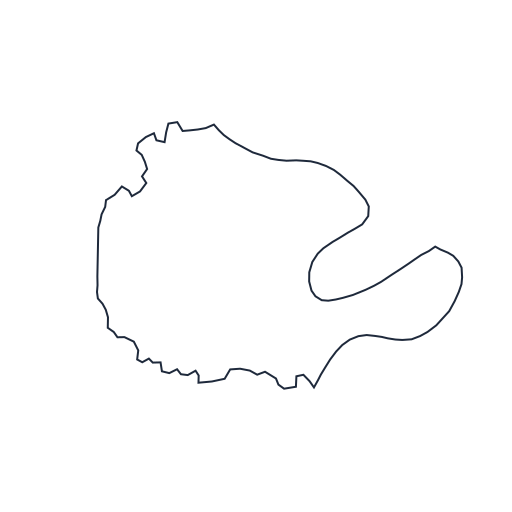 Caxambu do Sul, Santa Catarina, Brazil, rotated 235°
{"feature_id": "56859067B6253969040856", "entity_name": "Caxambu do Sul", "entity_type": "district", "adm_level": 2, "iso_a3": "BRA", "parent_name": "Brazil", "parent_adm1": "Santa Catarina", "projection": "natural_earth1", "projection_center": [-52.929, -27.152], "detail": "fine", "context": "isolated", "style": "outline", "palette": "slate", "viewbox_px": 512, "rotation_deg": 235, "n_neighbors": 0, "source": "geoboundaries", "source_scale": "gbopen_adm2", "svg_char_len": 1944}
<svg xmlns="http://www.w3.org/2000/svg" viewBox="0 0 512 512"><g transform="rotate(235 256 256)"><path d="M115.1,228.1L118.8,235.7L121.7,241.2L125.0,248.7L128.7,257.4L131.8,266.9L133.6,275.6L133.7,284.9L131.6,293.9L127.8,301.3L122.3,307.6L117.6,312.6L113.0,316.7L107.6,322.3L103.3,327.7L98.5,335.7L96.3,344.5L95.4,352.9L95.8,363.9L97.8,372.8L100.0,382.6L105.1,392.9L110.3,401.6L115.1,408.2L120.3,412.6L128.5,417.7L135.5,418.6L143.0,417.7L148.7,415.1L155.7,410.7L160.9,408.2L160.9,400.4L162.1,392.0L162.2,384.0L162.2,376.8L162.4,367.2L162.8,356.5L163.1,343.4L163.9,335.7L165.5,326.1L168.5,313.0L171.9,303.1L174.6,296.4L177.9,289.6L182.1,284.5L188.9,281.6L195.8,281.6L204.6,284.9L212.1,290.3L218.8,298.7L222.5,307.9L223.7,315.6L223.6,326.8L223.0,334.3L222.4,344.8L221.6,352.7L221.0,361.1L224.3,370.8L231.9,376.8L239.4,377.9L249.5,377.0L257.3,376.1L265.6,373.8L274.3,371.6L281.9,369.1L289.4,365.1L296.8,359.9L302.2,355.1L307.0,349.2L311.3,343.8L316.5,335.7L321.9,329.4L327.1,324.0L334.1,319.3L342.8,312.7L360.2,303.9L366.8,301.3L373.5,299.0L380.4,297.7L387.8,296.9L389.6,288.2L393.0,280.9L396.9,273.8L400.5,267.6L410.8,268.3L414.7,260.2L408.9,253.4L401.7,246.4L407.9,240.8L415.1,242.8L416.6,234.0L415.9,224.0L411.0,218.6L404.4,220.4L396.9,219.0L389.7,216.7L386.6,208.3L378.7,208.0L375.4,198.0L376.2,188.6L382.3,189.3L389.9,186.0L387.2,175.3L387.8,165.2L382.7,160.6L378.7,153.4L374.1,148.6L369.8,143.2L330.2,114.3L322.9,109.4L317.7,105.1L311.9,102.1L304.9,102.9L298.1,102.1L290.7,99.6L282.2,93.4L275.3,95.9L268.9,95.9L265.0,101.7L255.9,106.8L246.2,105.4L239.4,99.3L234.2,101.9L233.4,109.4L227.9,110.3L223.6,116.8L215.5,112.8L209.8,117.8L208.5,126.4L202.2,126.7L197.6,131.8L196.7,140.7L191.0,140.5L185.2,136.2L178.5,147.9L173.4,159.9L177.9,169.8L172.8,178.3L165.7,185.2L158.1,188.9L156.0,197.0L144.2,202.1L137.8,200.6L131.2,202.9L126.0,213.7L134.3,220.1L131.5,226.7L122.7,228.1L115.1,228.1Z" fill="none" stroke="#1e293b" stroke-width="2"/></g></svg>